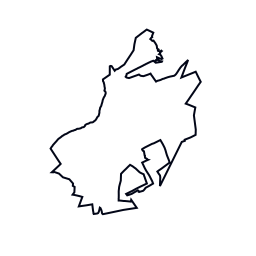 the district of Osumacinta, Chiapas, Mexico, rotated 56°
{"feature_id": "50627088B17326140216089", "entity_name": "Osumacinta", "entity_type": "district", "adm_level": 2, "iso_a3": "MEX", "parent_name": "Mexico", "parent_adm1": "Chiapas", "projection": "equal_earth", "projection_center": [-93.085, 16.896], "detail": "fine", "context": "isolated", "style": "outline", "palette": "ink", "viewbox_px": 256, "rotation_deg": 56, "n_neighbors": 0, "source": "geoboundaries", "source_scale": "gbopen_adm2", "svg_char_len": 5058}
<svg xmlns="http://www.w3.org/2000/svg" viewBox="0 0 256 256"><g transform="rotate(56 128 128)"><path d="M194.0,134.0L169.6,91.2L170.4,88.1L169.4,87.6L170.8,81.4L171.5,75.8L167.2,72.7L154.4,66.3L152.1,64.1L149.3,61.4L148.6,60.7L143.8,63.9L141.9,65.2L140.1,66.5L138.3,61.8L136.8,58.1L135.6,55.0L134.0,51.0L132.0,46.1L130.4,41.9L127.1,41.5L123.4,41.0L119.2,40.4L118.6,43.3L117.1,50.3L116.0,55.5L109.9,46.9L107.3,43.1L105.9,41.1L105.2,40.1L105.4,41.2L105.6,42.1L105.7,43.1L105.9,44.1L106.1,45.0L106.2,45.7L106.5,47.1L106.6,48.5L107.2,50.7L108.3,53.5L108.8,54.6L109.7,56.7L110.3,58.4L110.5,59.7L110.5,60.5L109.6,62.7L108.9,64.4L108.1,66.8L107.3,69.9L107.2,70.6L106.7,71.8L106.4,74.0L105.8,76.0L105.3,77.3L105.2,78.8L101.0,78.9L99.6,78.9L99.0,78.9L97.4,79.0L97.2,79.0L95.5,78.9L95.4,79.4L95.4,79.6L94.8,82.1L93.8,85.8L93.6,86.3L92.0,88.1L91.1,88.6L89.8,89.0L87.2,99.2L86.4,100.0L85.3,101.0L85.0,101.1L84.2,101.3L83.5,99.9L82.4,98.8L83.6,88.7L83.8,87.6L83.9,86.1L84.2,84.4L84.3,83.6L84.4,82.7L84.6,81.2L84.8,78.9L85.0,78.0L85.0,77.1L85.2,76.1L85.3,75.4L85.3,75.1L85.5,73.8L85.6,73.3L85.7,72.5L85.8,71.8L86.3,69.9L86.3,69.7L86.4,69.4L87.7,69.0L87.8,68.9L88.5,68.8L89.4,68.5L92.0,63.0L91.8,62.6L90.3,64.2L88.1,65.0L87.5,68.3L87.3,66.9L87.6,65.9L87.4,65.4L85.5,64.4L87.8,63.0L89.6,61.6L89.7,60.6L87.0,60.1L85.8,60.2L85.3,60.1L84.2,60.9L84.0,59.6L83.4,59.3L83.1,57.1L82.9,57.2L82.5,57.2L82.5,57.3L82.6,58.1L82.4,58.6L81.9,59.0L80.8,60.0L80.6,60.0L80.3,59.7L80.1,59.5L79.9,58.8L78.5,59.4L78.4,59.4L75.7,58.1L72.9,57.9L69.8,58.0L69.4,59.1L67.1,59.6L66.9,59.6L66.7,59.7L66.3,58.6L66.2,58.3L66.2,57.6L66.2,57.1L65.3,56.8L63.1,53.7L58.4,56.5L56.9,57.4L56.9,57.5L56.9,58.1L57.1,61.8L57.1,63.2L57.6,70.7L57.6,71.1L62.2,75.9L66.7,79.9L68.3,83.7L69.0,85.3L69.7,87.1L70.0,87.7L70.7,89.5L71.4,91.1L71.8,92.1L72.3,93.2L72.6,94.0L73.3,95.5L73.3,96.1L73.3,98.4L73.3,100.0L73.4,101.3L73.4,103.4L72.7,105.5L73.1,107.0L67.5,107.0L66.7,107.9L66.7,108.6L73.6,113.3L73.7,121.6L75.2,122.5L76.7,122.6L77.7,123.1L78.3,123.2L79.2,123.6L80.5,124.3L81.3,124.6L82.1,124.9L83.2,125.9L83.9,126.7L84.5,126.6L85.0,126.4L85.9,126.6L87.0,127.3L87.8,128.5L88.5,129.4L89.1,130.9L90.7,133.3L92.1,134.7L93.7,136.7L94.7,137.8L95.6,139.7L96.7,140.8L97.8,142.1L99.4,143.2L101.5,145.5L101.8,147.3L102.8,149.2L103.4,150.8L103.4,152.2L103.6,153.2L103.5,154.2L102.5,156.0L102.3,156.9L102.3,158.2L101.8,159.5L101.6,160.9L101.7,162.0L102.3,162.7L102.4,163.5L102.5,164.2L101.8,165.8L101.8,167.2L101.5,168.2L101.0,169.4L100.3,170.5L100.2,171.2L100.2,172.6L99.8,173.6L99.6,174.9L99.1,176.0L98.8,177.5L98.7,178.2L98.6,178.8L98.5,179.8L98.5,180.7L98.4,182.1L98.2,183.2L97.9,184.3L98.0,185.8L97.8,186.7L98.0,188.3L98.1,190.3L98.1,191.5L98.3,192.6L98.9,194.6L99.6,197.5L100.2,199.8L100.6,200.6L101.0,201.9L101.2,202.5L101.5,203.0L101.8,203.7L114.7,203.9L120.1,203.9L120.4,205.3L121.3,210.9L122.1,215.9L123.0,214.7L123.0,213.9L127.2,210.7L132.5,209.5L137.7,205.3L143.3,204.6L145.1,206.1L147.0,205.2L151.3,208.4L152.3,211.2L153.7,209.7L156.6,207.0L157.7,206.0L159.6,204.4L160.1,205.1L160.8,206.1L165.5,212.6L168.9,205.6L171.3,200.3L177.2,203.3L178.5,203.8L179.5,204.4L180.1,204.5L181.1,202.5L181.7,201.2L181.8,200.3L181.1,199.0L180.0,197.7L178.3,195.9L179.0,195.6L181.2,196.0L182.9,196.6L183.7,197.0L184.3,197.2L184.7,197.2L185.4,197.0L187.0,193.2L193.3,177.7L199.1,165.4L189.3,165.5L189.7,165.9L190.6,166.8L190.3,167.2L190.2,167.2L189.5,168.1L189.0,168.7L186.7,171.5L186.0,172.5L184.0,174.8L183.7,175.2L182.9,176.3L181.6,175.4L181.1,175.1L180.8,174.8L179.8,174.1L179.6,174.0L178.8,173.4L177.7,172.7L176.2,171.7L175.7,171.4L174.4,170.4L173.5,169.6L172.0,168.4L170.8,167.1L170.1,166.3L167.6,163.4L166.2,162.4L162.1,159.4L161.5,156.6L161.1,154.6L160.8,152.7L160.2,149.7L160.0,148.6L159.9,147.9L159.7,146.9L162.3,145.6L165.2,144.6L165.5,144.4L170.9,143.2L171.9,142.8L173.5,141.9L175.1,140.9L176.2,141.2L176.7,141.4L177.7,141.6L178.2,141.7L179.1,142.0L180.3,142.3L181.1,142.5L181.5,142.6L182.2,142.8L182.7,142.9L183.4,143.1L183.9,143.2L184.6,143.4L184.4,144.7L183.9,148.1L183.8,148.7L183.4,151.4L183.2,153.0L183.1,153.7L183.0,154.7L182.9,155.3L182.8,156.2L182.8,156.6L182.7,157.4L182.7,157.5L182.7,157.9L182.6,158.4L182.6,158.7L182.6,159.0L182.6,159.3L182.2,161.9L182.1,162.8L181.6,166.4L183.4,166.3L184.0,164.4L184.7,161.6L184.9,158.1L185.1,156.0L185.2,154.7L186.9,154.2L187.0,154.3L187.1,154.5L187.2,154.4L187.3,154.4L187.4,154.0L188.5,150.7L188.4,149.8L188.1,148.6L187.8,148.0L187.8,147.6L187.4,146.9L187.6,145.0L187.9,141.9L188.0,139.6L188.1,138.3L185.7,137.7L179.2,136.9L173.5,136.8L170.4,136.5L164.6,135.6L165.0,132.9L165.1,132.0L165.6,129.1L165.1,129.5L164.3,129.5L162.3,130.5L161.0,129.9L160.4,129.4L159.9,129.5L159.3,129.2L156.2,127.8L155.1,128.4L153.6,128.3L153.4,128.0L153.5,126.5L153.6,124.8L154.6,116.9L154.9,115.9L155.1,115.3L156.1,107.9L160.8,108.2L164.8,108.7L166.3,109.1L167.2,109.3L170.2,110.3L171.5,110.7L172.5,111.0L177.1,112.0L179.3,112.6L179.9,112.8L180.1,116.4L180.4,123.1L180.4,125.7L180.5,128.0L182.8,128.1L185.2,128.0L186.9,128.8L194.0,134.0Z" fill="none" stroke="#020617" stroke-width="2"/></g></svg>